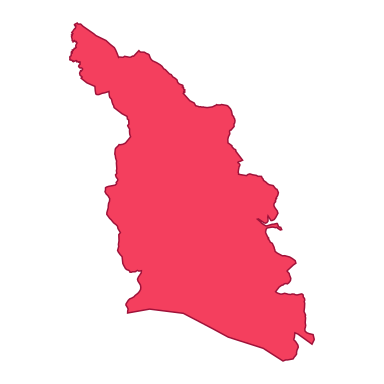 Atwima Nwabiagya North, Ashanti, Ghana
{"feature_id": "2480657B14484334363928", "entity_name": "Atwima Nwabiagya North", "entity_type": "district", "adm_level": 2, "iso_a3": "GHA", "parent_name": "Ghana", "parent_adm1": "Ashanti", "projection": "orthographic", "projection_center": [-1.753, 6.879], "detail": "fine", "context": "isolated", "style": "filled", "palette": "rose", "viewbox_px": 384, "rotation_deg": 0, "n_neighbors": 0, "source": "geoboundaries", "source_scale": "gbopen_adm2", "svg_char_len": 5854}
<svg xmlns="http://www.w3.org/2000/svg" viewBox="0 0 384 384"><path d="M277.4,211.2L274.4,207.0L274.4,206.5L273.8,205.8L274.0,205.1L273.9,204.2L274.4,203.0L275.6,201.7L275.3,200.8L276.0,199.6L275.8,198.8L276.6,198.2L276.3,197.7L276.7,196.9L277.3,196.2L277.9,194.9L278.4,192.6L277.0,189.4L275.6,188.7L273.2,185.6L269.1,184.7L267.2,183.4L266.3,182.4L263.5,180.4L263.2,179.2L262.1,177.9L261.5,176.4L259.7,176.3L257.8,176.3L256.5,175.4L252.8,174.8L249.9,173.9L248.1,174.4L246.4,175.6L238.6,174.3L238.6,173.2L238.2,172.5L238.5,169.9L239.1,166.7L239.7,165.8L239.9,164.8L239.5,164.0L237.9,162.6L238.3,161.8L240.2,161.3L242.6,160.2L235.7,151.1L235.9,150.2L235.4,149.6L233.8,148.8L231.9,146.6L231.9,145.7L228.0,142.9L227.8,139.3L228.4,136.8L229.8,133.9L229.5,131.4L229.8,130.5L230.6,130.0L231.0,130.1L234.1,126.5L234.0,125.9L234.0,123.9L234.7,122.9L235.0,120.7L234.5,118.5L233.8,117.7L233.6,116.5L232.3,115.2L231.5,111.1L230.4,108.8L228.0,106.1L226.9,105.5L221.5,104.5L220.3,105.0L217.2,104.9L216.6,104.6L215.6,105.5L215.0,105.6L212.4,106.9L207.2,107.6L203.8,107.2L203.1,106.9L202.1,107.2L200.5,106.7L199.1,106.9L198.5,106.5L195.6,105.7L194.2,103.0L189.8,100.7L182.9,93.0L183.7,93.3L183.7,92.2L184.5,92.4L184.7,92.2L184.0,91.6L184.8,91.1L184.8,90.7L184.3,90.2L184.6,89.7L184.2,89.6L183.9,89.7L183.5,88.0L183.3,88.1L183.2,87.8L183.5,87.6L183.1,86.9L182.5,86.8L182.8,86.4L182.9,85.6L182.6,85.2L179.8,84.2L178.8,83.6L177.6,82.2L177.0,79.9L175.0,78.2L172.8,76.9L171.2,74.6L169.4,73.9L165.4,69.7L163.7,68.8L162.0,66.3L160.0,64.7L156.7,62.7L152.6,60.8L151.2,59.5L150.2,57.8L149.1,54.8L148.0,54.0L146.5,53.5L144.4,52.2L140.6,52.1L140.0,51.8L138.9,50.6L133.6,56.2L132.5,56.1L131.0,57.0L129.7,57.3L124.6,56.3L123.4,57.2L122.5,57.3L119.2,57.0L118.6,57.4L117.1,53.4L115.5,49.7L114.3,47.6L109.9,44.1L106.0,40.5L95.9,35.6L93.8,33.8L83.0,26.3L80.7,24.1L78.1,24.1L77.2,23.0L74.5,24.5L74.4,24.8L75.1,25.9L75.6,25.7L75.8,25.8L75.6,27.4L75.2,28.5L74.5,28.8L73.2,30.6L73.0,31.1L71.8,32.4L72.8,33.5L72.5,33.8L72.5,34.3L72.0,34.3L72.0,34.6L71.6,34.9L72.2,35.3L72.2,35.7L71.5,36.3L71.8,38.0L72.1,38.6L72.2,40.6L73.0,41.4L73.1,41.9L73.8,41.5L73.8,40.8L74.5,40.5L75.6,41.9L75.9,42.0L76.3,41.7L77.0,43.0L75.9,45.1L75.7,46.2L76.2,47.3L75.6,47.7L75.5,48.2L74.3,48.3L74.1,48.7L74.1,49.1L73.2,49.8L73.2,50.2L72.4,50.0L72.4,51.3L71.5,51.7L71.4,52.1L72.0,52.1L71.8,52.7L72.2,52.9L72.1,53.2L71.5,53.3L71.2,53.9L71.2,55.7L70.0,56.5L69.8,57.2L70.0,59.0L69.8,59.7L70.1,60.0L71.7,60.2L72.5,60.8L72.6,61.3L73.0,61.5L73.4,61.1L73.7,61.6L75.7,60.6L76.1,60.6L76.4,61.2L76.8,60.9L77.0,61.2L76.9,61.8L79.4,61.8L79.1,62.3L79.8,62.4L79.6,62.7L80.1,63.1L80.0,63.5L80.1,64.3L79.0,65.2L78.6,66.2L79.1,67.2L79.6,67.4L80.0,68.0L81.6,67.9L82.5,68.7L82.6,69.2L81.2,71.1L80.6,70.7L79.6,73.1L80.1,75.3L80.9,75.8L81.3,76.4L82.0,76.8L82.1,77.1L81.5,77.5L81.1,78.2L86.8,82.8L94.9,86.4L95.3,91.0L95.8,93.9L96.9,94.6L98.8,94.6L102.2,93.3L104.8,92.8L108.9,91.5L109.3,95.6L109.8,97.4L111.5,99.3L112.1,102.1L112.8,104.2L113.6,105.5L114.1,107.6L122.0,113.7L127.1,116.4L127.4,119.0L128.5,119.8L128.7,120.7L128.9,123.8L128.7,124.4L127.7,125.4L127.7,125.8L128.9,128.0L129.6,128.9L129.5,131.1L129.7,134.0L130.6,136.8L125.5,143.0L123.1,144.2L120.5,144.7L119.0,144.6L118.5,145.5L115.9,148.0L115.3,149.0L114.8,154.1L115.3,155.4L115.6,158.1L116.6,161.0L116.4,163.0L116.8,168.9L116.4,170.6L116.8,173.4L115.5,174.9L116.2,177.1L117.7,179.1L117.8,180.0L117.2,181.3L116.2,182.4L116.6,183.7L115.2,185.1L108.5,186.4L106.4,187.1L105.5,187.8L105.5,190.0L105.0,191.7L106.2,194.0L107.9,195.6L109.7,198.6L109.5,201.3L108.6,203.3L108.3,205.5L108.2,207.9L106.9,212.5L106.8,214.4L109.7,218.4L111.1,219.7L113.6,222.8L116.3,224.9L117.5,226.2L118.0,228.6L120.4,232.6L118.8,234.6L119.0,240.9L118.4,244.4L118.7,246.5L117.6,250.4L118.3,252.0L120.2,254.6L122.1,256.7L122.8,263.4L123.7,265.4L125.5,268.6L126.9,269.7L128.7,270.3L129.8,271.3L130.0,272.2L131.7,272.2L132.6,271.7L134.1,271.8L135.7,271.6L136.4,270.9L137.4,270.4L138.9,271.1L141.4,270.7L141.2,272.9L138.4,277.1L137.5,279.2L138.0,281.1L140.4,284.9L140.8,287.3L140.6,289.4L139.5,291.4L137.9,293.3L135.1,295.5L134.0,296.8L131.7,298.1L129.7,298.9L128.3,300.3L126.1,303.8L125.9,305.0L127.6,307.8L128.1,309.1L127.7,310.9L127.6,313.0L149.6,309.1L183.3,313.3L212.7,328.7L228.2,337.1L263.2,348.3L283.0,361.0L285.8,359.9L287.6,359.9L293.1,358.9L294.3,357.0L295.5,355.7L296.6,354.0L296.5,352.8L296.9,350.4L298.3,347.2L297.9,345.1L295.5,341.4L293.9,339.9L293.8,339.2L294.4,337.4L294.9,332.8L298.0,334.1L312.0,344.2L314.1,339.9L314.2,339.2L313.1,334.6L309.0,333.6L306.7,332.7L305.0,331.0L304.8,328.8L305.3,327.6L305.7,325.4L305.2,322.7L305.6,318.0L305.2,316.1L305.6,315.1L304.0,311.5L304.5,307.7L304.7,303.3L304.2,301.5L304.7,300.3L304.6,298.8L304.1,298.1L303.9,297.6L303.3,297.1L303.1,294.9L302.2,294.1L301.5,293.9L297.0,295.0L294.9,294.6L294.2,294.1L292.0,294.0L290.7,294.5L288.1,294.3L287.1,293.9L284.6,293.3L281.9,294.1L280.5,294.1L277.8,293.2L276.7,292.6L275.6,291.7L279.1,287.1L281.8,285.2L282.9,285.1L284.4,283.8L286.1,283.5L287.3,283.9L288.7,282.9L290.0,281.3L290.5,280.4L290.8,278.3L289.5,275.0L289.2,273.5L287.2,271.3L287.2,270.7L293.3,265.0L295.9,263.2L295.2,260.7L292.4,258.6L289.7,257.0L284.8,255.7L282.4,255.8L277.4,253.2L275.1,251.4L274.7,249.4L274.3,248.6L274.1,247.3L272.3,243.4L270.3,242.2L269.3,240.2L268.1,238.8L268.7,238.1L267.6,236.9L265.7,232.9L265.6,231.8L266.1,229.3L267.0,228.1L268.0,227.8L272.1,227.1L273.5,227.2L275.5,227.7L276.9,227.4L277.7,228.3L280.3,230.0L281.7,229.6L280.7,227.3L279.5,227.1L278.5,226.4L277.4,223.7L277.0,223.4L273.5,224.2L272.3,224.2L268.4,225.4L267.1,225.9L265.6,225.8L261.7,223.3L260.3,221.7L257.4,219.2L258.4,218.9L264.1,222.8L265.6,223.2L266.9,222.6L268.0,221.1L268.0,219.2L267.7,217.1L268.0,215.9L271.0,220.6L272.1,220.5L273.7,219.8L274.2,219.5L275.7,217.5L278.0,213.1L277.5,212.3L277.4,211.2Z" fill="#f43f5e" stroke="#9f1239" stroke-width="1.5"/></svg>